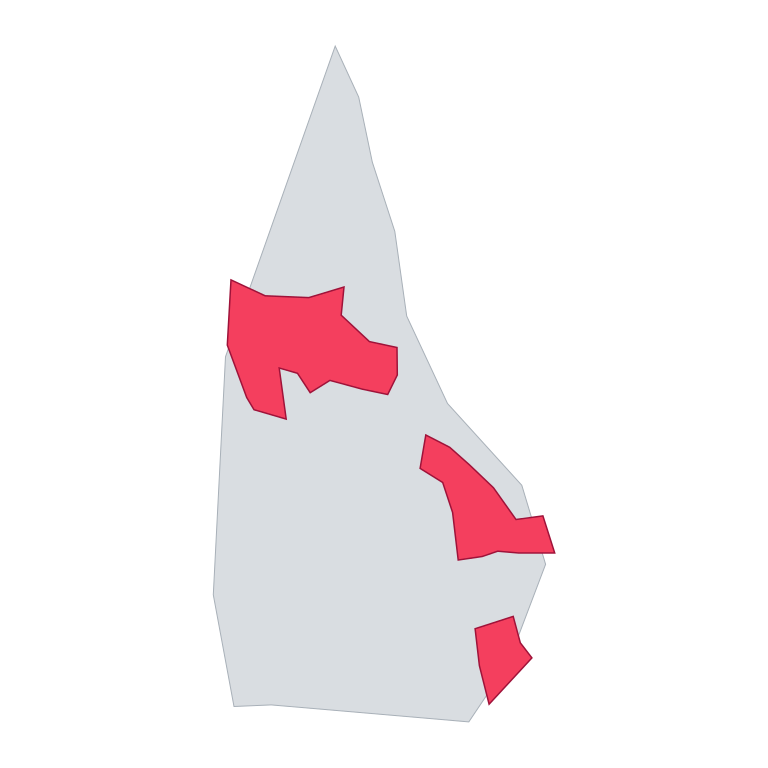 location of Schaan within Liechtenstein
{"feature_id": "LIE-4896", "entity_name": "Schaan", "entity_type": "state/province", "adm_level": 1, "iso_a3": "LIE", "parent_name": "Liechtenstein", "parent_adm1": "", "projection": "robinson", "projection_center": [9.557, 47.13], "detail": "fine", "context": "in_parent", "style": "filled", "palette": "rose", "viewbox_px": 768, "rotation_deg": 0, "n_neighbors": 0, "source": "natural_earth", "source_scale": "10m", "svg_char_len": 866}
<svg xmlns="http://www.w3.org/2000/svg" viewBox="0 0 768 768"><path d="M468.8,721.9L271.2,704.9L234.0,706.5L213.3,594.8L225.5,356.8L335.2,46.1L358.7,97.1L372.3,162.1L394.8,231.4L406.7,316.1L447.5,403.5L521.8,485.3L545.6,564.3L508.0,663.5L468.8,721.9Z" fill="#d9dde1" stroke="#a8b0b8" stroke-width="1"/><path d="M397.0,347.5L397.3,375.0L387.7,394.5L362.4,389.2L329.9,380.4L310.2,392.7L297.5,373.3L279.2,368.0L286.2,419.1L254.0,409.7L246.7,397.5L227.3,345.1L231.0,279.9L265.1,295.8L308.8,297.6L344.0,287.0L341.2,315.2L369.4,341.6L397.0,347.5ZM542.9,515.9L554.7,553.0L518.8,553.0L497.7,551.2L482.2,556.5L458.2,560.0L452.6,512.5L442.7,482.5L420.1,468.4L425.8,435.0L449.7,447.3L469.5,464.9L493.5,487.8L516.0,519.5L542.9,515.9ZM531.9,657.9L489.1,704.2L479.4,665.7L475.1,628.7L513.2,616.4L520.3,642.8L531.9,657.9Z" fill="#f43f5e" stroke="#9f1239" stroke-width="1.5"/></svg>